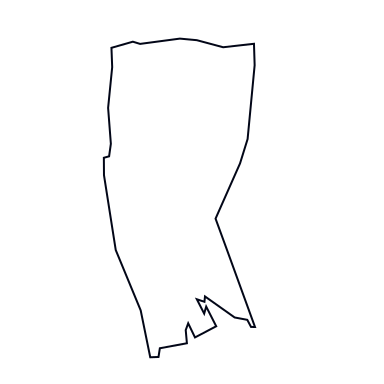 South West Inner City Lea-5, Dublin, Ireland, rotated 261°
{"feature_id": "5873133B41660382449043", "entity_name": "South West Inner City Lea-5", "entity_type": "district", "adm_level": 2, "iso_a3": "IRL", "parent_name": "Ireland", "parent_adm1": "Dublin", "projection": "albers", "projection_center": [-6.305, 53.339], "detail": "fine", "context": "isolated", "style": "outline", "palette": "ink", "viewbox_px": 384, "rotation_deg": 261, "n_neighbors": 0, "source": "geoboundaries", "source_scale": "gbopen_adm2", "svg_char_len": 604}
<svg xmlns="http://www.w3.org/2000/svg" viewBox="0 0 384 384"><g transform="rotate(261 192 192)"><path d="M128.3,217.7L162.0,211.1L212.7,243.9L235.6,255.2L307.4,273.7L328.7,276.4L330.1,245.4L341.2,220.5L345.4,204.0L346.4,163.9L349.7,157.1L347.0,135.0L327.8,132.7L288.2,122.3L252.3,119.4L240.2,115.7L239.6,110.3L222.4,107.7L146.6,107.6L83.1,122.8L35.3,124.9L34.3,133.1L42.7,135.8L43.4,163.3L56.6,164.2L62.9,167.7L47.9,172.2L55.6,194.9L76.6,188.1L70.0,185.0L85.3,180.0L81.6,187.1L86.8,188.5L61.4,214.5L57.1,226.6L49.5,229.2L48.8,233.1L128.3,217.7Z" fill="none" stroke="#020617" stroke-width="2"/></g></svg>